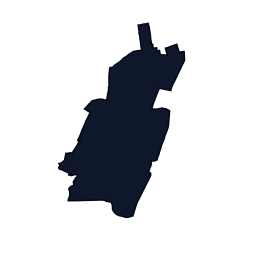 outline of Vaculesti, Botosani, Romania, rotated 315°
{"feature_id": "2599482B19671862910111", "entity_name": "Vaculesti", "entity_type": "district", "adm_level": 2, "iso_a3": "ROU", "parent_name": "Romania", "parent_adm1": "Botosani", "projection": "orthographic", "projection_center": [26.426, 47.889], "detail": "fine", "context": "isolated", "style": "filled", "palette": "ink", "viewbox_px": 256, "rotation_deg": 315, "n_neighbors": 0, "source": "geoboundaries", "source_scale": "gbopen_adm2", "svg_char_len": 5517}
<svg xmlns="http://www.w3.org/2000/svg" viewBox="0 0 256 256"><g transform="rotate(315 128 128)"><path d="M221.7,113.5L221.0,112.9L220.7,112.8L220.3,112.6L219.8,112.1L219.3,111.7L218.0,110.8L217.7,110.7L220.4,105.5L221.7,103.2L220.7,102.8L216.1,100.6L214.2,99.8L211.4,98.4L211.1,98.3L210.9,98.1L209.9,99.9L208.4,102.3L207.7,103.8L207.6,104.1L207.4,104.3L207.3,104.2L207.2,104.1L206.8,103.5L206.0,102.9L205.5,102.3L204.8,101.4L204.2,100.9L204.0,100.7L203.6,100.3L203.2,99.4L203.0,98.7L203.0,98.3L203.1,98.1L203.4,97.8L205.1,95.4L203.8,94.6L203.0,93.9L203.9,92.1L204.5,92.4L204.9,91.6L204.6,91.4L204.6,91.2L203.7,90.5L202.9,90.0L202.3,89.5L202.5,88.9L204.6,86.3L204.5,86.1L204.3,86.0L203.9,86.0L203.6,85.8L203.5,85.7L203.4,85.4L204.7,83.8L204.9,84.1L205.4,83.4L205.8,82.8L206.3,82.0L207.2,80.9L209.6,78.0L210.6,76.6L212.3,74.3L214.5,71.4L214.8,70.8L215.5,69.3L216.4,68.4L216.1,68.1L215.9,68.0L215.0,67.6L214.8,67.5L214.2,67.0L214.2,66.9L213.8,66.6L212.3,65.4L209.5,63.7L209.3,63.9L209.2,63.7L208.7,63.2L208.4,62.8L208.0,62.4L204.2,67.4L203.3,68.8L203.0,69.0L202.9,69.0L202.7,68.9L202.7,69.1L202.6,69.3L202.4,69.7L201.8,70.5L201.7,70.7L201.7,70.8L201.6,71.0L201.4,71.4L201.3,71.5L201.2,71.6L200.7,72.0L200.4,72.4L199.4,73.4L199.3,73.9L198.2,75.4L197.8,75.8L197.6,76.0L197.4,76.3L196.3,77.7L195.9,78.3L195.1,79.2L193.3,81.7L192.6,82.7L192.6,82.9L191.2,81.6L190.2,80.8L188.4,79.5L187.7,79.0L187.0,78.5L186.6,78.2L186.1,77.9L184.9,77.5L184.2,77.3L183.5,77.2L182.2,77.0L181.3,76.7L180.7,76.5L180.4,76.4L179.8,76.4L178.3,76.4L177.1,76.3L176.3,76.0L174.8,75.5L174.3,75.4L173.7,75.5L172.1,75.6L170.5,75.5L167.7,75.1L164.6,74.5L163.4,74.2L162.2,74.2L161.4,74.3L160.3,74.2L159.7,74.0L159.4,73.8L158.5,72.8L157.6,72.5L155.6,74.3L153.2,76.1L152.0,77.2L151.2,78.0L150.9,78.1L145.7,83.5L145.2,84.1L143.1,85.6L143.0,86.0L142.4,85.9L142.3,86.3L140.5,87.8L138.0,89.4L134.8,91.7L133.5,92.5L132.5,93.2L131.9,92.4L131.6,92.0L131.4,91.7L130.3,89.7L129.9,89.3L128.5,87.7L128.4,87.5L126.9,86.5L125.2,85.5L122.3,83.7L121.7,83.4L120.6,83.5L118.6,83.6L117.7,83.5L110.7,83.7L110.8,84.0L111.1,85.2L111.8,88.7L113.0,90.0L104.6,92.9L102.7,93.4L100.0,94.9L99.5,95.0L98.7,95.2L94.0,97.1L92.4,97.8L91.1,98.3L89.8,99.0L87.1,100.0L84.1,101.1L83.6,101.4L84.2,102.0L84.5,102.1L85.1,102.4L85.8,102.8L84.2,103.2L83.4,103.2L82.5,103.4L81.7,103.6L81.7,103.8L81.4,103.9L80.4,104.1L78.2,104.6L76.8,104.9L75.2,105.2L72.2,105.9L71.2,106.1L70.4,106.3L70.3,105.9L70.1,105.3L70.0,105.1L69.9,104.9L69.6,104.7L68.0,103.6L66.5,102.5L66.1,102.0L63.7,103.7L60.8,105.6L60.5,105.8L60.2,105.9L60.0,106.0L59.2,105.9L58.3,105.6L57.9,105.6L56.3,105.6L55.9,105.5L55.6,105.5L55.4,105.4L55.1,105.1L54.4,104.4L54.2,104.3L54.0,104.2L53.9,104.2L53.9,104.4L53.9,104.6L54.0,105.0L54.0,105.3L53.8,105.7L53.6,105.9L53.2,106.3L52.7,106.5L51.5,106.8L51.2,106.9L50.7,107.4L50.6,107.6L50.5,108.1L50.6,108.6L50.7,108.9L51.3,110.0L51.5,110.4L52.7,113.5L52.8,113.8L53.1,114.8L53.6,116.0L53.9,116.7L54.0,117.1L54.1,117.3L54.1,117.9L54.1,118.3L54.5,118.8L55.0,119.2L55.2,119.5L55.3,119.8L55.2,120.1L54.9,120.3L54.7,120.3L54.4,120.3L54.2,120.1L53.2,119.1L52.9,119.1L52.9,119.4L53.0,119.5L53.4,119.9L53.5,120.0L53.9,121.0L54.2,121.5L54.4,121.7L55.4,122.3L56.8,122.9L57.0,123.1L58.4,124.4L58.6,124.6L58.7,124.9L58.8,125.0L58.9,125.5L58.7,125.8L58.7,126.0L58.4,126.3L58.0,126.5L57.7,126.5L57.4,126.5L56.0,126.2L55.6,126.3L55.1,126.5L54.4,126.8L53.2,126.9L52.4,127.1L51.6,127.3L51.3,127.5L51.1,127.6L50.9,127.8L50.6,128.4L50.1,129.2L49.7,129.6L48.9,129.9L48.7,129.9L48.2,129.8L46.7,129.1L46.2,129.0L44.6,128.8L43.9,128.9L43.7,128.9L43.2,129.2L43.0,129.4L42.8,129.7L42.2,130.9L41.6,131.9L41.4,132.1L41.1,132.4L40.7,132.8L40.5,133.0L39.9,133.8L39.5,134.3L39.1,134.6L37.6,135.3L36.0,136.0L35.6,136.1L34.3,137.2L40.9,143.6L58.3,160.1L60.4,162.5L60.5,163.5L60.8,164.2L61.1,164.7L61.4,165.3L61.8,166.0L62.6,166.9L63.3,168.0L63.5,168.8L63.2,170.0L62.2,171.7L60.8,173.3L59.7,174.4L59.2,175.5L58.7,177.2L58.8,178.4L58.6,179.6L58.8,181.1L59.4,182.6L59.8,183.8L60.6,184.9L61.5,186.3L63.5,189.9L64.1,190.6L65.4,191.4L65.9,191.7L66.9,192.2L67.8,192.7L68.9,193.3L69.2,193.6L80.8,187.5L99.9,181.1L106.2,179.1L110.4,177.6L110.4,176.5L111.7,176.6L112.0,175.3L111.8,174.1L111.6,172.8L112.4,172.9L113.7,172.6L114.1,172.4L114.7,171.8L115.1,171.5L116.3,171.4L117.3,170.9L117.6,170.8L117.9,170.7L118.4,170.3L119.7,169.2L120.1,168.7L120.5,168.2L120.8,168.0L121.1,167.7L121.3,167.7L122.4,169.1L123.1,169.8L123.6,170.1L124.9,170.7L125.7,171.1L125.8,171.1L127.6,170.1L129.2,169.2L130.4,168.8L132.1,168.0L132.7,167.5L134.5,166.6L135.3,166.2L135.8,166.0L136.9,165.4L139.7,163.8L140.4,163.5L141.4,163.0L141.8,162.8L142.5,162.7L143.0,162.5L144.5,161.8L145.8,161.3L146.2,161.1L147.2,160.4L147.6,160.2L148.1,159.9L149.6,159.2L151.2,158.5L151.9,158.2L152.5,157.8L152.8,157.8L153.4,157.6L153.7,157.5L154.1,157.2L156.2,156.2L157.7,155.3L160.2,153.3L162.7,151.1L164.7,149.4L166.6,147.8L167.6,146.9L169.6,145.2L168.7,142.3L168.4,141.5L166.4,138.3L165.9,137.8L162.3,135.4L161.1,134.5L158.7,131.8L158.3,131.3L163.6,128.3L165.4,127.6L169.5,125.7L175.4,123.2L178.2,122.0L178.4,122.4L179.6,123.9L180.7,125.7L183.5,129.9L184.7,131.8L186.2,130.8L187.1,130.4L187.5,130.2L191.2,128.6L191.6,128.4L192.0,128.4L192.4,128.3L193.5,127.9L194.4,127.7L196.2,127.0L198.2,126.3L198.8,126.1L202.5,124.7L205.6,123.7L207.2,123.2L209.1,122.4L210.2,122.1L212.7,121.2L214.4,120.7L214.5,120.6L214.8,120.5L215.5,120.3L216.1,119.9L217.5,118.3L218.2,117.4L218.6,117.1L220.5,115.1L221.3,114.1L221.7,113.5Z" fill="#0f172a" stroke="#020617" stroke-width="1.5"/></g></svg>